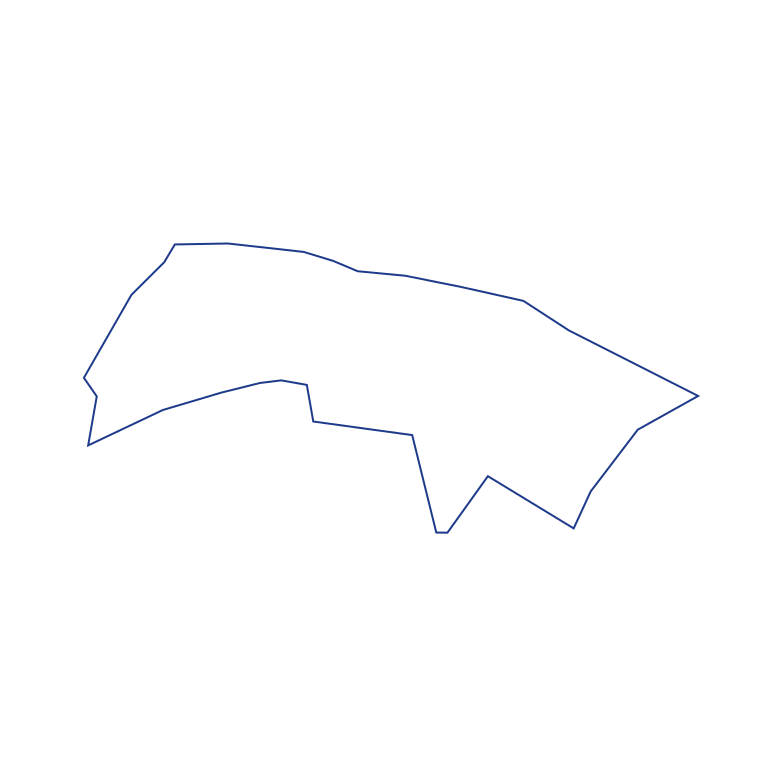 outline of Mapo-gu, Seoul, South Korea, rotated 166°
{"feature_id": "91817680B14643286354390", "entity_name": "Mapo-gu", "entity_type": "district", "adm_level": 2, "iso_a3": "KOR", "parent_name": "South Korea", "parent_adm1": "Seoul", "projection": "orthographic", "projection_center": [126.921, 37.552], "detail": "fine", "context": "isolated", "style": "outline", "palette": "blue", "viewbox_px": 768, "rotation_deg": 166, "n_neighbors": 0, "source": "geoboundaries", "source_scale": "gbopen_adm2", "svg_char_len": 524}
<svg xmlns="http://www.w3.org/2000/svg" viewBox="0 0 768 768"><g transform="rotate(166 384 384)"><path d="M82.1,296.4L191.6,391.2L228.6,430.9L286.9,460.1L304.9,468.6L337.2,483.9L382.3,499.8L403.5,515.7L430.0,531.6L501.5,558.1L553.2,570.0L567.7,555.4L607.5,531.6L673.7,462.6L665.7,441.5L685.9,396.0L604.8,412.3L543.8,415.0L504.1,415.0L482.9,412.4L459.1,401.8L461.7,364.7L369.0,327.6L369.2,227.2L358.4,224.4L305.5,269.4L234.9,198.0L209.4,229.8L148.8,278.3L82.1,296.4Z" fill="none" stroke="#1e3a8a" stroke-width="2"/></g></svg>